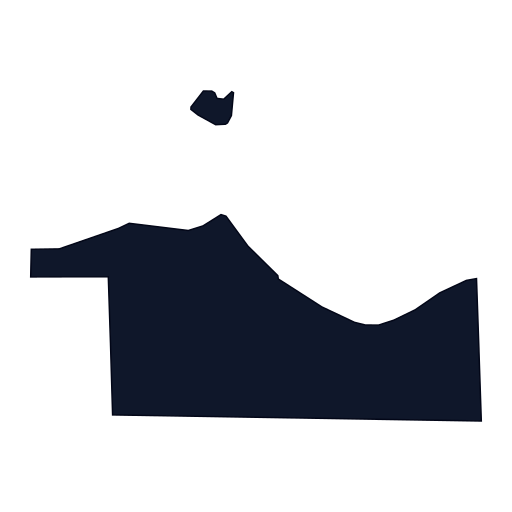 the district of Erie, Ohio, United States of America
{"feature_id": "52423323B39503954322515", "entity_name": "Erie", "entity_type": "district", "adm_level": 2, "iso_a3": "USA", "parent_name": "United States of America", "parent_adm1": "Ohio", "projection": "orthographic", "projection_center": [-82.666, 41.452], "detail": "fine", "context": "isolated", "style": "filled", "palette": "ink", "viewbox_px": 512, "rotation_deg": 0, "n_neighbors": 0, "source": "geoboundaries", "source_scale": "gbopen_adm2", "svg_char_len": 698}
<svg xmlns="http://www.w3.org/2000/svg" viewBox="0 0 512 512"><path d="M112.6,414.9L481.3,421.0L479.0,352.2L478.9,348.3L476.5,278.6L466.4,280.4L439.7,292.9L415.2,309.8L393.7,320.2L378.5,325.1L365.3,325.0L354.4,322.3L321.8,306.9L289.4,286.1L278.3,279.0L277.8,275.6L247.9,246.1L228.2,219.2L226.0,216.2L225.5,216.0L221.0,214.6L203.0,225.9L188.3,230.5L129.2,223.3L118.3,228.5L118.2,228.5L59.2,248.9L31.3,249.3L30.7,276.9L67.5,276.8L108.3,276.8L110.5,343.8L112.6,414.9ZM191.0,107.0L190.9,109.4L198.2,115.1L215.7,124.7L225.5,124.2L227.5,122.9L231.4,115.6L233.5,92.7L231.8,91.7L223.7,99.2L217.0,98.4L214.7,92.9L211.8,91.1L203.4,91.0L191.0,107.0Z" fill="#0f172a" stroke="#020617" stroke-width="1.5"/></svg>